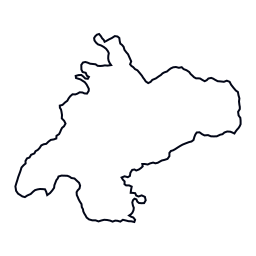 Jequitibá, Minas Gerais, Brazil (Mercator projection)
{"feature_id": "56859067B98217925914362", "entity_name": "Jequitibá", "entity_type": "district", "adm_level": 2, "iso_a3": "BRA", "parent_name": "Brazil", "parent_adm1": "Minas Gerais", "projection": "mercator", "projection_center": [-44.009, -19.208], "detail": "fine", "context": "isolated", "style": "outline", "palette": "ink", "viewbox_px": 256, "rotation_deg": 0, "n_neighbors": 0, "source": "geoboundaries", "source_scale": "gbopen_adm2", "svg_char_len": 3844}
<svg xmlns="http://www.w3.org/2000/svg" viewBox="0 0 256 256"><path d="M16.1,190.8L18.1,193.7L19.9,194.8L22.3,196.4L24.9,197.1L27.3,195.5L30.7,194.0L33.3,191.5L35.1,190.1L37.6,189.4L40.0,189.0L42.5,189.1L45.0,189.3L46.2,191.8L47.2,195.1L50.1,193.0L52.3,190.4L54.1,187.8L54.4,185.2L55.3,182.9L56.4,180.1L57.7,178.5L58.5,176.5L61.5,175.6L65.1,175.7L67.4,175.8L69.6,176.7L71.4,178.0L74.5,178.5L77.0,180.9L79.1,182.8L80.1,185.6L79.5,188.5L77.7,190.3L76.6,192.2L76.8,195.1L77.8,197.2L78.6,199.2L79.8,201.5L81.5,204.1L81.8,207.1L83.0,209.3L83.3,211.4L84.3,213.5L85.6,215.6L86.6,217.5L89.0,219.4L92.2,220.3L95.5,220.3L98.5,221.4L101.3,220.5L104.2,219.8L107.2,220.0L110.1,220.6L112.6,221.6L115.2,220.6L117.5,220.8L120.3,221.6L122.9,219.8L126.3,220.6L128.5,221.2L131.3,221.3L134.3,222.0L135.1,219.8L133.3,217.5L131.1,216.7L129.1,215.5L130.9,214.3L132.4,212.7L133.5,210.2L133.8,207.8L132.9,205.5L132.3,202.4L133.0,200.2L134.5,198.7L136.4,199.4L137.3,201.6L139.0,203.0L141.5,203.2L144.1,203.1L145.7,200.3L144.9,196.9L141.7,195.4L138.5,196.5L136.2,195.5L135.2,193.2L133.0,192.9L130.7,192.8L131.0,190.1L131.7,186.6L129.1,185.4L126.1,185.4L124.5,184.2L124.6,181.4L122.9,179.7L121.6,177.5L124.6,176.3L127.8,177.2L129.9,175.9L130.4,172.7L132.2,169.9L134.5,169.5L136.2,170.5L138.9,169.5L141.0,168.0L142.7,166.4L142.3,164.0L144.7,164.0L147.7,164.5L150.1,163.4L153.1,162.6L155.4,163.3L157.7,162.8L159.8,161.6L161.8,160.5L164.4,159.9L167.5,158.9L169.4,156.2L169.4,152.9L170.9,151.0L173.1,150.3L175.1,149.2L177.7,147.5L180.1,146.0L182.6,144.6L185.6,143.4L189.0,142.1L191.5,141.5L193.5,140.0L194.4,136.9L195.3,134.6L196.7,132.5L199.5,132.3L202.1,134.2L204.5,135.4L208.0,135.1L210.9,136.3L213.7,136.4L216.8,136.3L220.2,134.7L222.5,134.2L224.4,132.5L227.2,131.5L230.3,131.7L232.3,132.5L234.4,133.5L235.7,131.4L237.0,129.7L238.4,128.2L239.6,126.4L240.6,124.2L240.6,120.6L240.3,117.8L238.6,115.5L238.1,111.8L239.8,109.1L239.8,106.9L239.4,104.8L239.0,101.5L239.4,98.4L238.5,95.3L237.9,92.0L235.8,90.5L233.5,87.8L231.1,84.7L229.6,81.8L226.8,80.7L223.9,81.8L220.4,81.4L217.7,81.2L214.9,79.7L213.1,78.6L211.2,77.9L208.4,78.5L206.7,80.2L204.7,81.2L202.3,79.9L200.1,78.5L198.1,78.3L196.0,78.3L194.0,77.2L192.5,75.7L190.7,74.1L189.2,72.0L186.5,70.2L183.6,69.1L181.7,67.2L178.9,67.8L175.9,67.0L173.2,67.3L170.8,68.4L168.9,69.8L167.0,71.5L164.3,72.4L162.5,73.4L160.9,75.0L158.7,76.4L155.9,78.4L152.3,79.9L150.6,81.9L148.2,83.1L145.7,81.4L144.5,79.5L143.1,77.7L141.9,75.7L139.7,73.0L137.4,70.3L135.0,69.1L133.3,67.2L131.4,65.9L130.1,64.3L131.2,61.4L130.2,59.1L129.3,57.1L128.0,54.2L126.4,52.4L124.5,49.9L123.6,46.8L122.1,45.0L120.3,43.6L119.7,41.0L119.3,38.0L117.5,36.5L114.8,36.1L111.9,38.0L109.0,39.4L106.4,40.9L104.6,41.8L103.7,39.8L102.2,38.4L100.9,36.2L99.1,34.0L96.9,34.7L95.2,36.3L94.1,38.1L94.5,40.5L96.1,42.7L98.0,44.4L101.2,45.5L103.8,47.0L106.1,48.8L107.9,51.2L108.8,53.2L108.3,55.8L108.2,58.5L108.6,60.7L109.6,62.9L111.1,65.1L107.7,65.6L104.8,65.4L102.6,65.8L100.2,66.0L97.6,65.8L95.6,64.3L93.0,64.0L90.1,63.7L87.5,62.6L85.3,62.0L83.0,62.5L81.3,64.9L81.4,69.6L82.6,72.0L85.7,72.8L86.9,75.7L88.9,76.9L87.8,78.8L85.3,78.5L83.4,76.6L81.4,75.0L78.6,75.1L75.7,75.9L76.0,78.0L78.5,78.8L80.5,79.4L82.3,80.6L84.8,82.2L86.6,84.5L87.8,86.8L88.8,88.8L88.7,90.9L87.0,93.6L84.4,93.4L82.5,92.5L79.7,92.3L77.3,93.7L75.4,94.4L72.5,94.3L70.2,96.3L68.6,98.4L67.3,100.8L65.1,102.4L62.5,104.9L59.8,105.6L59.9,107.8L61.0,109.5L61.5,111.8L62.0,115.0L61.8,118.4L64.2,120.9L65.5,123.6L64.0,126.3L62.1,127.8L61.1,129.7L60.2,131.9L59.1,134.1L56.5,135.8L56.3,138.5L53.8,139.4L50.8,139.9L48.5,141.6L46.3,143.8L43.6,144.3L41.3,145.4L39.6,148.0L37.8,149.9L35.5,151.2L34.4,153.4L31.1,154.8L29.5,157.5L27.0,158.4L25.5,161.0L25.6,163.5L23.5,165.3L21.5,167.5L20.8,169.9L20.1,172.0L19.2,174.4L18.2,177.1L17.4,179.9L16.4,183.0L15.4,186.4L16.1,190.8Z" fill="none" stroke="#020617" stroke-width="2"/></svg>